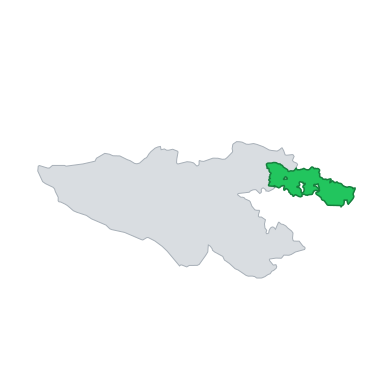 Batken on a map of Kyrgyzstan (Equal Earth projection), rotated 201°
{"feature_id": "KGZ-1119", "entity_name": "Batken", "entity_type": "Region", "adm_level": 1, "iso_a3": "KGZ", "parent_name": "Kyrgyzstan", "parent_adm1": "", "projection": "equal_earth", "projection_center": [71.05, 39.853], "detail": "fine", "context": "in_parent", "style": "filled", "palette": "green", "viewbox_px": 384, "rotation_deg": 201, "n_neighbors": 0, "source": "natural_earth", "source_scale": "10m", "svg_char_len": 8676}
<svg xmlns="http://www.w3.org/2000/svg" viewBox="0 0 384 384"><g transform="rotate(201 192 192)"><path d="M87.8,227.4L88.8,226.8L91.7,226.2L97.5,225.6L99.5,226.1L103.6,228.5L106.6,228.2L107.2,228.5L108.4,230.6L112.7,227.6L115.8,226.7L117.3,223.7L120.6,220.1L123.5,219.5L123.5,220.1L124.1,220.6L127.0,221.4L127.9,220.5L128.3,219.2L127.3,217.1L127.3,216.2L128.2,214.9L132.8,216.9L133.8,216.9L135.9,215.8L137.9,213.8L138.5,212.3L148.0,207.3L148.6,206.4L148.5,205.8L144.5,204.6L142.7,205.3L141.1,205.3L140.1,204.6L135.2,204.3L134.2,203.8L131.0,200.2L127.0,197.9L125.1,198.1L122.8,199.0L122.1,198.6L121.9,195.2L121.4,193.2L120.1,192.7L118.3,193.5L113.5,192.4L112.9,188.2L111.0,184.5L108.5,183.0L108.4,180.7L107.5,179.8L106.7,180.1L105.7,181.2L106.2,183.6L105.9,186.1L105.3,187.4L104.2,188.3L102.9,188.3L100.7,187.1L100.4,194.6L100.0,195.0L97.3,194.0L95.2,194.4L92.1,193.9L89.7,192.7L85.1,191.3L83.0,189.9L81.6,184.9L80.4,183.1L79.2,182.7L74.3,184.5L69.3,181.4L66.8,180.8L66.2,179.8L66.3,178.7L73.9,173.1L76.9,169.3L78.8,167.7L83.6,166.0L84.7,162.5L85.1,162.1L89.9,160.4L95.4,157.3L95.5,156.4L94.9,155.7L90.0,152.9L87.6,154.2L86.1,152.6L86.1,150.9L87.7,148.0L89.1,146.6L89.7,143.8L91.6,142.0L93.6,139.1L96.1,136.7L100.7,134.9L103.2,135.5L105.6,135.1L109.3,133.6L111.5,133.5L121.0,135.7L124.2,135.8L131.5,138.7L137.3,140.1L140.2,142.9L149.4,144.1L152.0,145.0L152.9,146.3L155.6,148.0L157.8,148.4L155.8,141.7L156.5,137.8L159.3,127.0L160.8,125.4L168.3,122.4L170.0,120.2L175.4,120.2L176.5,119.8L177.1,118.5L194.0,127.9L200.4,130.6L209.2,133.0L216.6,133.8L217.9,133.2L220.7,129.6L222.1,129.4L240.5,130.1L253.7,128.1L255.6,128.2L260.5,130.3L276.1,130.9L282.3,132.3L292.0,131.8L296.0,132.0L303.5,134.7L306.1,135.2L310.9,135.6L312.7,135.2L313.8,135.8L315.0,139.1L319.7,143.4L321.5,145.7L323.3,146.6L331.9,147.3L335.2,148.2L343.5,156.3L344.8,161.0L344.0,162.0L335.5,162.6L333.7,163.3L331.8,166.8L320.5,171.1L318.8,171.0L303.9,179.1L293.6,186.0L293.3,189.3L287.3,196.8L282.7,197.7L278.8,197.5L272.3,199.8L264.0,199.0L261.2,199.1L255.7,198.1L253.5,198.6L251.3,200.2L248.2,206.2L246.9,207.6L246.4,208.9L245.9,211.9L244.8,215.0L242.2,219.7L239.9,221.9L237.8,223.2L236.0,220.4L233.2,222.3L230.6,221.9L229.0,222.5L225.3,225.0L219.9,224.9L219.3,224.1L218.0,217.2L217.0,214.0L216.2,213.2L215.2,213.1L207.5,218.5L203.9,219.5L200.9,219.7L197.0,218.0L196.2,218.4L195.5,219.3L195.3,220.4L196.5,223.5L196.2,224.1L194.4,224.1L192.0,224.8L184.6,231.1L179.9,232.8L175.4,233.4L172.8,234.6L171.4,237.0L168.6,243.6L168.7,244.9L170.0,246.7L170.9,250.7L170.7,251.7L168.4,255.0L165.4,256.0L163.0,256.5L158.5,256.1L156.2,256.8L151.9,259.3L148.4,259.7L141.7,259.8L135.2,258.9L133.0,259.2L127.2,260.7L125.3,263.0L124.2,265.2L123.7,265.5L121.3,263.5L118.4,260.1L116.9,260.2L111.7,262.9L110.9,262.9L109.4,261.8L109.6,257.5L107.9,256.6L104.4,256.4L103.2,255.4L103.6,252.6L103.1,251.6L102.2,250.8L100.4,251.0L96.7,253.3L92.3,254.1L90.8,254.9L89.1,257.9L83.4,258.5L81.5,257.8L78.0,252.3L75.0,251.4L71.9,251.6L67.8,253.1L66.8,251.9L65.7,251.5L64.7,252.5L59.7,252.7L54.5,252.5L51.5,251.9L49.6,251.9L45.8,253.4L41.2,253.7L40.7,248.5L39.3,245.0L40.7,239.2L41.6,237.3L45.0,239.5L46.3,239.1L46.6,238.0L46.1,235.4L47.8,232.6L60.1,228.7L73.6,234.4L75.4,238.0L76.6,237.9L78.5,236.2L79.1,233.1L81.7,231.4L87.5,229.3L87.8,227.4ZM94.8,240.1L95.1,239.6L94.0,236.9L95.4,234.4L92.7,234.0L91.3,233.2L89.7,230.7L89.2,230.6L88.4,231.3L87.9,232.9L88.3,234.8L90.3,236.5L89.3,240.0L93.4,240.5L94.8,240.1ZM80.6,242.6L80.5,241.9L79.6,241.5L74.5,240.5L74.7,241.2L76.7,243.9L78.1,244.0L80.6,242.6ZM110.9,238.0L111.2,236.4L108.1,237.3L107.8,238.2L108.8,239.2L110.1,239.6L110.9,238.0Z" fill="#d9dde1" stroke="#a8b0b8" stroke-width="1"/><path d="M117.1,227.5L117.5,227.4L117.7,227.0L117.6,226.7L117.4,226.5L118.4,226.5L119.7,226.0L122.2,225.3L122.6,225.4L122.9,225.6L123.1,226.2L123.1,226.5L122.9,227.2L122.9,227.6L123.0,227.9L123.2,228.3L123.1,228.7L122.9,228.9L122.7,229.1L122.6,229.5L122.9,229.7L124.0,230.2L124.4,230.5L124.6,230.9L124.7,231.5L124.5,231.9L123.9,232.4L123.8,232.6L123.8,232.8L124.7,233.2L125.0,233.4L125.2,233.7L125.2,234.1L125.1,234.3L125.0,234.6L125.0,234.9L125.0,235.2L125.3,235.8L125.4,236.2L125.3,236.5L125.1,236.8L125.0,237.2L124.9,237.5L125.0,237.8L125.1,238.0L125.4,238.1L126.1,238.3L126.5,238.4L127.0,238.8L127.3,239.0L127.6,239.5L128.0,240.3L128.6,241.3L129.1,241.5L129.3,241.5L129.8,241.1L130.1,241.0L130.4,241.1L130.6,241.3L130.7,242.1L130.9,242.4L131.3,242.8L131.9,243.5L132.5,244.7L132.2,245.2L132.0,245.6L131.9,245.8L131.7,245.9L131.5,246.1L130.5,246.6L129.1,247.1L127.8,247.7L127.0,248.4L126.7,248.6L126.3,248.8L125.4,249.1L124.8,249.3L123.8,249.5L122.0,249.2L121.1,249.3L120.7,249.4L120.1,249.7L119.8,249.7L119.5,249.7L119.0,249.3L118.7,249.2L118.3,249.3L117.9,249.3L117.3,249.1L116.9,249.0L116.3,248.5L116.1,248.4L115.9,248.2L115.5,248.0L111.4,247.2L110.9,247.0L110.5,246.8L110.3,246.6L110.1,246.1L109.9,245.9L109.5,245.8L109.0,245.8L108.7,246.0L108.2,246.6L107.8,246.9L107.3,247.2L105.2,247.8L104.5,248.4L103.9,249.6L103.8,249.8L103.6,250.9L103.3,251.5L102.9,251.1L101.9,250.5L101.4,250.5L100.4,251.0L99.6,251.2L99.4,251.3L99.2,251.4L98.8,251.8L98.6,252.0L97.6,252.5L97.2,252.8L96.3,253.9L96.0,254.1L95.7,254.1L94.1,253.8L92.9,253.9L91.7,254.2L90.8,254.8L90.2,255.8L89.8,257.0L89.3,258.1L88.4,258.5L87.6,258.3L86.9,257.9L86.3,257.6L85.8,257.8L85.4,258.2L85.2,258.3L84.9,258.3L84.5,258.3L84.2,258.4L83.3,258.9L82.5,259.0L81.7,258.8L80.9,258.4L80.5,257.6L80.5,257.2L80.7,256.7L80.7,256.2L80.6,255.7L80.3,255.4L79.6,255.1L79.3,254.9L78.8,253.1L78.4,252.3L77.7,251.8L77.2,251.7L76.2,251.9L75.7,251.8L75.3,251.6L74.7,251.1L74.3,250.9L73.8,251.0L72.9,251.3L72.5,251.4L72.2,251.5L71.9,251.9L71.7,252.0L71.4,252.0L70.8,251.8L70.6,251.8L70.2,251.9L67.7,253.8L67.2,253.9L66.7,253.7L66.6,253.2L67.0,251.9L66.9,251.3L66.8,250.6L66.6,250.2L66.1,250.6L65.3,252.3L65.1,252.6L64.6,252.8L64.2,252.6L63.2,252.1L62.7,251.9L62.0,251.9L61.5,252.1L61.0,252.5L60.5,253.2L60.3,253.4L59.5,253.0L58.3,252.8L56.1,253.3L55.0,253.0L53.9,252.3L52.8,251.9L51.6,251.8L49.2,251.9L48.7,252.1L47.7,252.9L47.3,253.2L46.7,253.4L46.2,253.5L45.6,253.5L44.4,253.7L43.8,253.5L43.1,252.8L43.0,252.7L42.7,252.8L42.6,253.0L42.5,253.3L42.3,253.6L41.2,254.1L40.8,253.2L41.0,248.8L40.9,248.1L40.7,247.5L40.3,247.0L39.8,246.5L39.4,246.0L39.2,245.4L39.3,243.9L39.6,242.5L41.0,238.6L41.5,237.3L41.6,237.0L41.6,236.7L41.8,236.7L42.1,236.7L43.0,237.7L44.3,240.0L47.0,239.0L47.0,238.6L46.3,237.4L46.4,237.1L46.3,236.9L46.3,236.6L46.2,236.4L45.9,235.2L46.1,234.3L46.6,233.5L47.2,232.6L47.3,232.4L47.4,231.7L47.5,231.6L48.0,232.2L48.2,232.4L48.6,232.4L49.1,232.4L60.2,228.4L61.2,228.5L65.1,231.1L65.7,231.3L67.1,231.2L67.8,231.3L68.4,231.6L68.8,232.1L69.1,232.6L69.6,233.1L70.1,233.3L71.1,233.5L72.1,233.9L74.4,234.3L75.1,234.5L75.7,234.9L76.0,235.6L75.6,236.4L75.1,236.7L74.7,237.0L74.2,237.3L73.9,237.8L73.6,238.5L73.5,239.1L73.7,239.6L74.4,239.8L74.6,239.5L74.8,238.7L75.0,238.4L75.3,238.2L76.5,238.2L77.1,237.9L77.7,237.6L78.2,237.1L78.6,236.4L78.8,235.1L78.8,234.0L78.9,233.1L79.7,232.4L81.4,231.7L81.8,231.5L82.9,230.6L83.1,230.3L83.2,230.2L83.4,230.2L83.5,230.3L84.1,230.2L84.3,230.0L84.7,229.9L86.2,230.2L87.0,229.9L88.0,229.2L88.4,228.3L87.9,227.4L88.9,226.4L90.5,226.1L93.8,226.6L94.6,226.5L95.0,225.9L95.3,225.0L95.7,224.4L96.1,224.3L96.4,224.5L96.6,224.9L96.9,225.2L97.3,225.4L97.8,225.4L98.7,225.3L99.2,225.4L100.1,226.2L101.4,226.6L101.6,227.0L101.9,227.6L102.4,228.1L103.0,228.4L103.6,228.7L104.9,229.0L105.6,228.9L105.9,228.5L105.9,227.8L106.1,227.1L106.6,226.7L107.1,227.1L107.5,227.9L107.7,228.7L107.7,230.2L107.9,230.7L108.4,231.0L108.8,230.9L110.3,230.0L110.7,229.6L111.0,229.1L111.6,227.9L112.4,227.0L113.4,227.0L114.5,227.2L115.7,227.3L116.0,227.2L116.4,227.2L116.7,227.4L117.1,227.5ZM94.0,234.6L93.8,234.6L93.7,234.5L92.0,233.8L91.2,233.3L90.7,232.7L90.4,231.7L89.9,230.8L89.3,230.4L88.4,230.9L87.9,232.0L87.7,232.7L87.7,233.3L87.9,233.9L88.5,235.4L88.9,235.9L89.2,236.1L90.0,236.2L90.3,236.5L90.4,237.6L89.2,239.5L89.3,240.4L89.6,240.6L90.0,240.3L90.4,239.9L90.7,239.7L91.3,239.7L91.4,240.1L91.5,240.5L91.8,240.8L92.2,240.8L93.5,240.4L94.5,240.4L94.9,240.3L95.2,239.8L95.2,238.7L94.0,237.4L93.9,236.4L94.4,236.0L95.7,235.0L95.9,234.5L95.6,234.1L95.3,234.1L94.6,234.2L94.4,234.3L94.1,234.6L94.0,234.6ZM75.0,240.5L74.5,240.5L74.5,241.1L74.7,241.7L75.1,242.2L76.0,242.9L76.3,243.3L77.1,244.7L77.3,244.8L78.7,243.6L79.5,243.2L80.4,243.0L80.7,242.7L80.8,242.1L80.6,241.4L80.2,241.3L79.3,241.7L78.3,241.7L75.0,240.5ZM109.8,239.8L110.3,239.8L110.5,239.3L111.2,236.9L111.0,236.6L110.3,236.8L109.3,237.6L108.8,237.8L108.1,237.8L107.7,238.4L108.0,238.9L108.6,239.4L109.1,239.6L109.8,239.8Z" fill="#22c55e" stroke="#15803d" stroke-width="1.5"/></g></svg>